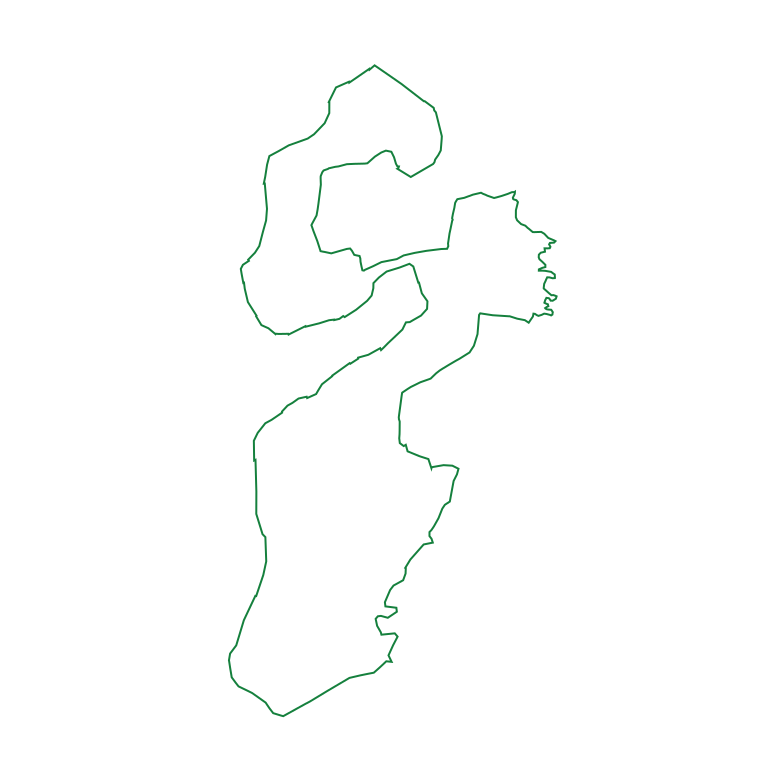 outline of Dowein, Bomi, Liberia, rotated 263°
{"feature_id": "62588387B7448810269647", "entity_name": "Dowein", "entity_type": "district", "adm_level": 2, "iso_a3": "LBR", "parent_name": "Liberia", "parent_adm1": "Bomi", "projection": "natural_earth1", "projection_center": [-10.878, 6.566], "detail": "fine", "context": "isolated", "style": "outline", "palette": "green", "viewbox_px": 768, "rotation_deg": 263, "n_neighbors": 0, "source": "geoboundaries", "source_scale": "gbopen_adm2", "svg_char_len": 5848}
<svg xmlns="http://www.w3.org/2000/svg" viewBox="0 0 768 768"><g transform="rotate(263 384 384)"><path d="M669.7,363.0L670.4,364.1L659.5,362.7L650.1,356.9L640.4,345.0L638.1,340.5L636.9,338.2L632.5,318.6L628.0,307.8L624.4,298.5L624.2,298.0L616.0,294.7L604.0,291.3L597.5,289.1L597.5,290.1L572.1,289.2L560.7,286.9L549.6,282.3L536.1,277.0L530.0,271.9L523.9,264.3L522.7,264.9L519.5,258.5L515.7,255.9L510.7,256.1L502.8,256.6L501.4,256.7L501.6,257.4L495.6,257.4L481.9,258.9L467.3,265.8L466.8,265.3L457.4,269.5L455.8,272.1L453.4,276.1L446.7,282.4L447.1,282.7L446.5,285.6L445.5,295.1L444.7,295.3L451.0,313.1L450.4,313.2L451.8,324.5L452.1,327.0L454.0,337.2L454.0,342.4L453.5,342.4L454.1,347.7L456.4,351.8L455.2,353.1L461.1,365.4L468.6,377.4L473.3,382.5L480.4,385.1L485.4,385.8L490.3,391.9L495.3,400.3L497.7,413.7L500.2,423.9L497.1,427.4L480.4,430.4L480.4,431.1L469.4,432.6L460.8,437.2L453.3,435.9L447.4,429.1L443.7,420.3L442.3,417.1L442.5,413.3L440.7,412.1L435.8,408.9L431.2,402.7L424.0,392.9L420.4,388.4L418.0,385.2L420.0,384.6L414.9,372.0L413.3,361.5L412.3,361.5L409.3,355.3L408.2,353.0L408.9,352.5L408.4,351.5L406.8,348.6L405.1,345.5L398.6,333.6L398.1,333.6L391.3,322.4L385.5,317.8L382.3,315.4L379.4,306.0L380.8,305.7L380.0,297.4L376.4,290.8L374.3,285.6L369.1,279.4L368.0,279.4L362.1,268.0L359.5,261.4L350.9,252.7L343.5,247.9L323.9,245.8L324.4,247.2L323.2,247.1L292.7,244.2L270.6,241.4L251.1,244.9L249.8,245.1L246.5,247.6L222.3,245.5L209.1,240.9L189.1,231.3L189.4,230.5L166.6,216.1L142.6,205.5L135.2,198.4L128.5,196.4L127.9,196.5L120.8,196.7L111.4,197.1L105.7,200.3L101.7,202.7L101.3,203.2L96.1,211.3L93.4,215.4L82.2,227.7L79.8,228.9L76.1,230.8L70.8,233.9L67.5,241.3L66.6,243.5L67.6,246.0L72.7,258.6L76.4,267.8L76.5,268.2L77.9,271.8L86.3,290.5L96.5,313.9L97.7,325.1L98.3,332.7L98.7,338.7L103.3,345.4L108.5,352.5L107.3,357.7L114.1,355.4L123.6,361.2L131.6,366.7L135.2,364.3L135.5,350.9L137.9,350.6L144.8,347.7L151.9,347.1L154.2,349.6L154.2,352.7L151.5,359.3L156.4,369.0L160.4,369.0L163.1,358.3L167.3,358.3L178.8,365.0L182.8,368.9L186.9,379.1L193.2,382.3L198.6,383.2L198.9,382.7L206.6,388.8L219.9,403.8L220.6,413.1L224.6,412.3L227.5,410.6L231.5,411.1L233.2,413.2L236.5,416.1L244.1,421.7L253.2,426.7L256.7,429.7L259.3,435.0L279.3,441.3L285.4,445.4L290.8,447.6L294.6,441.9L296.2,433.2L295.6,421.2L294.6,420.8L304.1,418.9L307.6,411.3L308.3,409.9L314.3,399.2L321.0,398.2L320.4,396.9L320.0,396.0L323.4,392.5L327.7,392.5L328.2,392.5L330.2,392.9L332.2,393.3L335.6,393.8L344.8,395.0L346.0,394.8L347.4,394.5L347.9,394.6L349.1,394.6L352.6,395.5L370.2,400.1L372.3,400.7L373.2,401.0L376.2,406.9L377.8,410.3L379.4,414.9L381.3,420.3L383.3,429.4L383.7,431.0L385.3,433.1L388.3,437.1L389.8,439.6L390.6,440.9L392.4,444.7L392.8,445.7L394.1,448.5L395.3,451.2L398.3,458.1L399.9,462.1L404.9,472.8L405.3,473.1L411.0,477.9L422.1,482.9L424.6,483.4L432.3,485.0L439.6,486.5L441.0,486.8L442.4,488.1L442.2,488.8L439.0,500.3L436.0,516.2L435.9,517.0L432.6,524.2L432.4,524.8L430.2,531.6L427.2,535.1L428.0,535.8L430.2,537.7L432.8,540.0L433.6,540.3L435.6,540.9L435.2,542.4L433.7,544.1L432.8,545.6L433.4,548.9L434.3,551.5L433.7,553.8L432.3,557.3L431.7,558.2L432.0,558.8L432.4,559.6L434.3,560.1L434.7,560.3L436.6,559.4L437.3,559.0L437.9,556.0L438.4,554.5L439.2,553.5L439.7,553.2L440.8,555.3L441.2,556.6L443.1,556.4L443.9,554.9L444.7,553.6L445.1,553.1L447.9,554.4L449.3,555.5L449.7,555.7L449.1,558.0L448.6,558.5L446.4,559.6L446.1,561.6L447.7,565.0L450.0,566.0L450.6,565.0L451.6,563.0L451.7,561.0L454.5,558.4L455.1,557.9L456.7,556.5L459.3,554.2L459.8,554.2L461.0,554.5L463.9,555.2L466.7,557.0L467.5,557.4L470.0,559.0L469.6,561.3L468.4,564.3L468.3,566.5L468.7,566.6L471.9,566.8L473.3,565.2L474.9,563.6L476.7,557.7L477.3,554.4L477.4,553.1L477.6,551.5L478.9,551.7L480.0,555.4L480.4,558.4L482.6,558.7L485.9,556.1L488.9,553.5L490.9,553.0L493.5,553.5L495.2,555.6L495.3,556.5L495.6,559.1L495.7,559.9L499.1,559.9L498.7,562.7L498.6,565.1L499.9,565.9L502.5,564.9L503.8,565.9L503.6,570.0L504.9,571.6L505.7,570.5L509.0,564.8L513.6,561.4L515.8,558.6L516.0,556.4L516.2,554.2L516.4,551.9L516.5,551.2L516.7,550.1L520.7,546.4L521.3,545.7L523.9,543.6L526.0,539.6L530.1,536.2L530.7,535.9L531.3,535.8L533.4,535.2L538.9,535.9L540.4,536.1L546.1,538.3L548.2,539.1L550.3,537.8L551.5,535.1L552.0,534.7L553.2,534.6L555.8,536.3L556.7,536.9L558.3,537.3L558.9,537.4L558.6,536.8L558.8,534.3L557.6,530.0L556.3,523.6L555.5,518.4L555.2,515.9L558.4,509.4L559.4,507.9L560.6,505.6L562.0,503.6L561.1,495.3L560.2,491.7L560.1,491.0L559.0,486.3L558.5,479.3L556.4,477.6L555.1,476.7L550.3,475.3L544.3,473.1L540.2,471.8L538.6,472.2L537.8,471.6L529.2,468.7L525.5,467.4L516.4,464.9L515.9,464.7L512.9,464.6L511.0,463.4L510.5,463.1L511.0,457.3L511.0,446.7L511.0,442.8L511.0,442.3L510.4,430.5L509.2,419.1L508.6,417.6L507.4,414.5L506.4,411.9L506.0,406.1L505.3,396.3L502.2,387.4L500.0,380.2L499.6,378.9L499.0,377.9L499.5,376.4L503.3,376.0L508.2,375.6L509.8,375.7L511.5,375.8L514.1,375.3L514.4,374.2L514.7,373.4L514.9,372.7L515.8,370.2L520.2,368.4L522.6,366.9L522.6,363.6L520.1,347.6L520.4,346.7L522.4,340.9L522.7,339.8L523.6,337.2L524.2,337.1L534.1,335.2L544.5,332.6L549.2,331.6L550.5,331.3L552.6,332.7L559.5,337.6L561.5,338.2L565.4,339.4L570.6,340.8L581.6,343.6L589.5,345.6L596.2,346.2L598.0,346.5L598.9,347.0L601.1,348.2L602.0,348.8L603.3,350.1L603.7,351.8L604.3,354.6L604.8,355.4L605.5,362.1L605.5,365.3L606.7,373.9L606.1,381.7L605.1,391.8L605.1,394.4L607.9,398.5L610.8,402.7L614.1,409.5L615.4,414.3L613.6,419.6L607.8,421.6L606.6,421.8L601.2,422.7L598.4,423.8L598.1,425.3L596.4,424.5L596.0,423.5L586.2,435.8L596.4,459.6L598.0,461.1L600.5,462.1L604.6,465.8L608.9,468.8L620.1,471.1L622.4,471.5L622.8,471.6L647.3,468.6L649.4,467.2L652.0,467.0L659.8,458.8L659.8,458.0L678.1,439.5L679.5,438.1L697.7,417.7L701.4,413.5L697.7,407.9L698.6,407.8L687.3,386.2L688.3,386.1L684.2,372.5L669.7,363.0Z" fill="none" stroke="#15803d" stroke-width="2"/></g></svg>